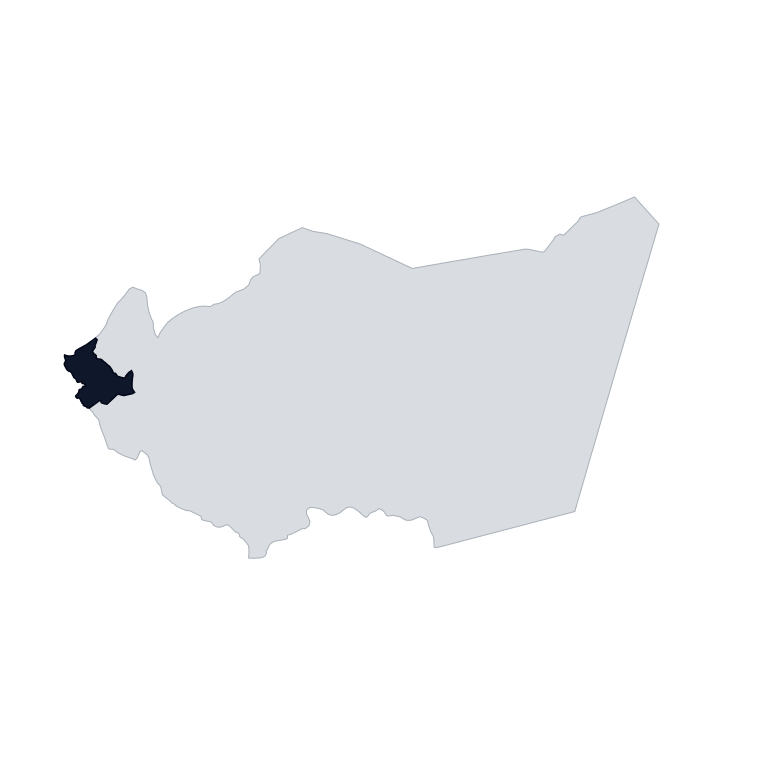 Logone Oriental on a map of Chad (Natural Earth projection), rotated 76°
{"feature_id": "TCD-1485", "entity_name": "Logone Oriental", "entity_type": "Prefecture", "adm_level": 1, "iso_a3": "TCD", "parent_name": "Chad", "parent_adm1": "", "projection": "natural_earth1", "projection_center": [16.421, 8.298], "detail": "fine", "context": "in_parent", "style": "filled", "palette": "ink", "viewbox_px": 768, "rotation_deg": 76, "n_neighbors": 0, "source": "natural_earth", "source_scale": "10m", "svg_char_len": 6754}
<svg xmlns="http://www.w3.org/2000/svg" viewBox="0 0 768 768"><g transform="rotate(76 384 384)"><path d="M553.9,229.7L554.1,246.8L554.3,263.9L554.5,280.9L554.7,298.0L554.9,315.0L555.1,332.1L555.3,349.1L555.5,366.2L555.5,371.8L555.1,374.1L555.0,374.4L554.3,374.8L546.6,373.2L543.2,373.1L538.4,374.4L531.5,375.0L527.0,374.8L523.9,377.7L521.4,381.3L522.7,389.8L522.4,392.6L521.5,395.5L519.4,398.0L517.3,400.0L516.0,401.7L514.5,405.5L513.4,407.3L513.5,409.7L513.1,412.2L511.9,413.6L508.6,414.5L506.5,415.7L504.9,417.5L503.7,418.8L504.3,420.6L505.2,423.0L505.7,426.8L506.0,429.0L507.6,430.8L508.6,432.1L509.0,433.7L508.0,435.0L504.1,437.7L502.5,438.7L500.7,440.1L500.0,440.7L497.1,443.3L495.6,445.6L495.0,447.5L495.0,450.1L496.5,454.1L498.1,457.5L498.8,460.0L499.2,462.8L499.0,465.4L498.2,467.7L496.8,469.8L491.3,473.7L488.6,478.0L486.5,483.2L486.0,486.0L486.6,487.9L487.7,489.5L489.4,490.3L491.8,490.5L495.7,489.7L499.4,489.1L503.3,491.0L505.3,495.3L504.5,498.5L506.0,504.3L507.4,511.3L507.3,513.6L507.9,514.5L510.3,514.9L510.9,516.6L510.1,528.8L511.3,532.2L512.9,534.7L514.8,535.9L516.7,537.6L517.6,538.7L519.8,539.0L522.2,541.2L522.9,544.2L522.7,547.0L521.4,553.2L520.2,557.4L518.8,557.1L516.0,556.1L512.5,555.2L508.2,554.5L504.2,556.2L499.8,558.4L498.4,560.0L497.2,561.0L495.3,560.8L493.5,561.1L492.6,562.7L491.0,564.4L484.7,568.0L483.3,569.3L482.5,570.6L482.5,572.0L483.2,574.9L483.2,578.5L481.8,581.4L480.2,583.4L478.3,584.2L476.8,584.6L475.7,585.8L472.5,592.4L471.0,593.7L468.1,593.5L459.8,603.4L459.0,606.4L456.0,610.5L452.1,615.2L448.7,617.4L448.4,618.2L447.5,619.1L445.4,620.1L438.0,625.8L429.2,625.5L425.3,627.8L421.5,628.7L415.9,629.8L414.3,629.7L407.1,630.2L398.8,630.0L395.6,630.8L392.6,633.0L390.4,634.8L390.0,635.5L390.4,636.2L390.3,636.9L396.1,641.5L397.6,643.7L396.1,645.9L395.4,646.2L395.3,646.4L394.4,648.1L391.0,653.3L385.8,659.5L383.1,661.2L382.0,662.4L380.7,666.4L379.8,667.0L376.2,667.5L369.1,668.0L359.3,669.3L353.4,669.7L349.7,669.4L344.6,672.2L342.8,672.9L341.6,673.1L336.5,675.9L332.3,680.1L330.8,680.9L324.8,682.7L322.5,685.6L321.4,685.9L317.5,682.0L314.9,678.5L313.7,675.0L313.5,673.9L312.8,674.1L310.7,675.6L308.9,677.4L308.0,680.8L301.9,683.1L296.6,685.1L294.2,687.5L290.5,688.7L285.8,688.2L282.1,687.2L278.5,686.9L280.2,683.8L280.9,681.5L281.1,678.7L280.8,676.8L278.7,675.9L277.3,674.4L274.2,665.6L271.1,656.5L266.6,647.5L261.7,641.8L258.2,638.3L257.1,637.9L255.3,636.8L254.0,635.7L247.6,629.7L240.9,622.9L239.2,619.8L235.9,615.1L232.1,610.3L230.2,608.2L229.3,604.3L231.9,600.7L234.6,596.2L238.0,593.3L242.4,593.1L249.7,594.3L257.5,594.7L265.2,593.8L267.2,593.1L269.2,593.2L273.3,594.2L280.6,594.0L284.3,592.2L280.3,589.1L276.0,584.2L271.9,578.9L269.5,574.0L267.2,567.8L265.1,560.0L263.9,550.0L264.1,544.3L264.7,540.3L266.9,533.7L265.5,529.8L265.8,526.7L265.6,522.1L264.9,519.7L262.1,512.1L261.5,511.2L259.1,505.9L258.0,497.0L255.2,491.2L250.7,488.3L248.1,484.9L247.2,478.8L245.4,477.2L238.3,475.1L232.4,475.0L228.1,468.2L222.7,459.3L217.6,451.1L214.3,434.7L212.5,425.3L214.6,422.4L218.8,415.8L224.3,402.9L236.4,383.1L242.6,373.0L255.0,357.8L270.1,339.2L278.7,328.7L280.1,309.6L281.5,289.4L282.7,274.1L284.0,256.0L285.2,240.8L286.1,229.8L287.3,214.1L288.3,211.1L294.2,198.9L294.6,197.2L293.5,195.2L285.1,184.7L282.5,182.4L281.0,177.0L283.2,173.9L273.1,156.4L270.6,154.3L269.5,152.1L269.4,149.0L269.2,136.9L266.6,117.8L263.1,95.7L275.0,89.4L283.9,84.6L295.4,78.5L306.0,84.8L321.4,93.8L336.8,102.9L352.2,112.0L367.6,121.0L383.1,130.1L398.5,139.1L414.0,148.2L429.5,157.3L445.0,166.3L460.5,175.4L476.0,184.4L491.6,193.5L507.1,202.6L522.7,211.6L538.3,220.7L553.9,229.7Z" fill="#d9dde1" stroke="#a8b0b8" stroke-width="1"/><path d="M336.1,676.0L335.7,676.4L335.5,676.9L335.4,677.6L335.1,677.8L334.9,677.7L334.6,677.7L334.0,678.4L332.9,680.0L332.2,680.7L331.8,681.0L331.6,681.0L331.4,680.8L331.0,680.6L330.4,680.3L329.9,680.8L329.8,681.1L329.8,681.4L329.7,681.6L328.7,681.4L328.3,681.5L328.1,681.7L327.8,682.1L327.2,682.1L325.8,682.3L324.5,682.7L324.0,683.1L323.7,683.6L323.4,684.3L323.4,684.6L323.6,684.7L323.7,684.9L323.6,685.2L323.5,685.3L323.2,685.2L322.4,685.9L322.3,686.0L322.0,686.1L321.3,686.2L320.8,685.9L320.1,684.5L318.9,682.9L318.1,682.2L317.4,681.8L316.1,681.4L315.8,681.0L315.6,680.1L315.7,679.7L315.8,679.3L315.9,678.9L315.7,678.3L315.5,678.0L315.2,677.9L314.9,677.8L314.5,677.6L314.0,677.1L313.6,676.6L313.5,675.9L313.7,674.7L313.7,674.4L313.7,674.0L313.6,673.7L312.3,674.1L311.7,674.5L311.2,675.0L311.0,675.4L310.6,676.4L310.4,676.7L310.0,676.8L309.6,676.7L309.3,676.5L309.0,676.5L308.5,677.0L308.3,677.8L308.3,680.4L308.2,680.9L307.8,681.2L304.9,681.7L304.2,682.0L303.1,683.0L302.4,683.5L301.7,683.6L300.9,683.6L299.8,684.0L297.7,684.3L297.0,684.6L296.5,685.0L296.0,685.5L295.3,686.7L294.8,687.2L293.7,688.0L293.1,688.3L288.8,689.4L287.7,689.5L286.4,689.0L284.7,687.2L283.3,687.1L280.9,687.4L279.7,687.3L278.6,686.9L279.9,684.9L280.8,682.8L281.2,680.6L281.2,676.7L280.5,676.5L279.5,676.2L278.8,676.2L277.2,674.9L276.1,671.7L274.1,663.6L269.7,652.7L270.3,652.4L271.8,651.6L273.0,652.6L274.2,653.2L276.6,655.0L276.9,655.2L277.7,655.2L278.3,655.3L278.6,655.5L278.8,655.7L278.9,655.9L279.2,656.2L279.7,656.5L279.8,656.7L279.9,656.8L279.8,657.2L279.7,657.4L279.8,657.7L279.8,657.9L280.0,658.1L280.4,658.2L280.8,658.1L281.1,658.1L281.3,658.6L281.3,658.8L281.5,658.9L282.9,658.8L283.1,658.7L283.5,658.4L283.8,658.3L284.4,658.3L284.6,658.2L285.1,657.7L285.5,657.1L285.7,656.9L286.4,656.6L286.7,656.4L287.0,656.4L288.7,656.8L289.2,656.8L289.5,656.7L290.8,655.0L290.9,654.8L291.0,654.5L290.9,654.4L291.3,653.0L292.1,652.0L294.9,650.2L295.7,649.3L296.0,649.1L296.3,649.0L298.8,647.4L300.4,646.0L305.0,644.3L307.6,644.0L308.1,643.7L308.5,642.3L309.0,641.8L309.8,641.5L310.5,641.3L311.7,640.8L312.5,640.0L315.2,635.2L315.2,634.3L315.0,633.8L314.8,633.3L314.3,632.7L314.2,632.6L313.8,632.6L313.6,632.4L313.6,632.2L313.5,631.7L313.4,631.4L312.8,631.4L312.7,631.4L312.5,630.9L312.4,630.7L311.7,629.8L311.0,628.6L310.9,628.5L310.8,628.3L310.7,628.0L310.5,627.0L310.4,626.7L310.0,626.2L309.9,625.8L310.5,625.7L312.5,625.3L313.4,625.3L314.3,625.4L315.7,625.9L317.0,626.5L317.5,626.8L319.2,627.2L320.2,627.7L325.8,629.2L326.6,629.3L328.4,629.2L331.8,628.0L332.5,630.4L332.5,630.8L332.3,638.9L332.0,639.7L331.8,640.4L330.0,643.5L329.5,644.6L329.6,645.1L329.7,645.4L336.6,657.7L336.6,657.9L336.5,658.0L336.4,658.1L336.2,658.2L336.1,658.4L336.1,658.6L336.0,659.3L335.9,659.5L335.7,659.8L335.4,660.2L335.2,660.5L334.9,661.2L334.8,661.4L334.4,661.7L334.3,661.9L334.1,662.4L334.0,662.6L333.9,662.7L333.8,662.8L333.6,662.9L333.4,662.8L333.0,662.8L332.8,662.8L332.6,662.8L332.1,663.0L331.5,663.1L331.3,663.1L331.1,663.3L331.1,663.5L331.2,663.9L331.3,664.0L336.1,675.9L336.1,676.0Z" fill="#0f172a" stroke="#020617" stroke-width="1.5"/></g></svg>